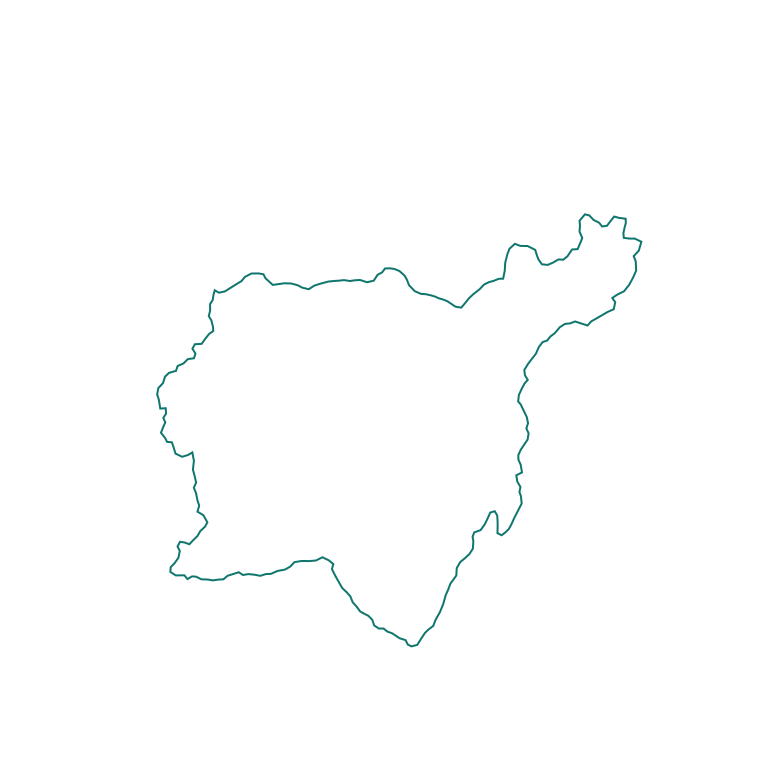 Capão Bonito do Sul, Rio Grande do Sul, Brazil, rotated 219°
{"feature_id": "56859067B51661934602442", "entity_name": "Capão Bonito do Sul", "entity_type": "district", "adm_level": 2, "iso_a3": "BRA", "parent_name": "Brazil", "parent_adm1": "Rio Grande do Sul", "projection": "orthographic", "projection_center": [-51.394, -28.175], "detail": "fine", "context": "isolated", "style": "outline", "palette": "teal", "viewbox_px": 768, "rotation_deg": 219, "n_neighbors": 0, "source": "geoboundaries", "source_scale": "gbopen_adm2", "svg_char_len": 3766}
<svg xmlns="http://www.w3.org/2000/svg" viewBox="0 0 768 768"><g transform="rotate(219 384 384)"><path d="M574.5,350.3L572.6,346.0L569.9,341.3L569.5,336.7L565.3,331.6L562.9,326.5L558.2,324.8L553.1,321.0L550.0,317.7L551.4,313.0L551.4,307.2L551.0,300.4L556.0,295.9L555.1,290.9L549.6,288.9L547.9,284.4L552.1,279.9L552.8,273.7L555.7,268.1L553.9,263.3L558.1,257.4L558.8,251.9L556.3,245.6L556.8,238.8L553.7,233.1L549.4,230.3L546.2,227.5L542.4,224.1L538.4,227.8L534.7,223.8L534.2,218.8L529.8,216.5L528.4,211.3L526.6,205.7L520.5,204.4L516.1,202.5L512.2,205.2L507.4,202.2L502.2,198.7L495.1,200.4L491.6,205.5L489.9,210.2L483.4,204.7L478.6,197.2L473.1,193.2L468.0,189.2L466.5,183.7L461.4,180.9L455.4,175.9L451.1,173.2L448.6,167.4L441.8,168.4L434.2,165.3L433.3,160.7L434.2,154.1L433.3,148.6L434.0,142.6L434.4,137.0L439.3,135.3L443.2,133.0L442.2,127.8L437.6,125.7L434.4,119.6L434.0,112.7L434.5,107.5L431.8,103.5L425.4,104.2L418.7,109.7L414.0,108.7L412.1,113.7L408.8,116.0L403.0,117.3L397.7,121.3L393.5,123.6L389.6,127.8L385.9,131.1L384.9,136.5L381.5,141.6L378.4,146.3L373.4,146.8L369.8,150.9L364.6,154.3L359.4,157.1L356.3,161.8L352.4,165.3L349.1,171.7L344.2,177.4L342.0,182.9L341.5,189.1L336.7,194.6L330.6,199.4L325.8,204.0L322.8,210.6L316.1,212.2L310.1,212.2L308.0,207.4L302.8,205.0L298.2,203.1L293.8,201.4L288.3,199.2L281.2,198.6L276.3,197.7L271.0,194.7L264.8,193.7L259.3,192.2L254.9,193.0L250.3,194.0L244.8,193.4L239.7,190.2L234.1,190.7L230.4,193.7L225.6,193.7L220.7,195.4L212.0,196.2L206.1,198.5L201.5,196.5L197.5,197.4L194.0,202.2L194.8,208.9L195.5,216.3L195.0,220.8L193.5,227.0L195.5,233.2L197.0,242.0L199.5,250.3L203.2,258.8L204.5,263.9L206.8,270.8L207.0,275.7L207.3,280.7L211.6,286.7L212.7,293.6L211.4,300.0L210.6,305.6L211.3,311.9L215.5,317.9L219.0,321.0L220.5,325.4L217.0,331.2L217.4,338.4L219.1,345.7L220.5,351.0L217.9,354.8L213.3,353.1L208.9,348.3L205.8,344.5L202.0,339.5L197.4,340.5L196.3,345.0L195.7,349.6L196.7,355.2L198.5,362.1L201.8,377.8L207.1,383.1L210.8,385.3L213.1,389.8L219.1,392.1L223.7,396.3L221.1,402.1L227.0,407.3L231.8,409.7L234.8,413.1L236.3,418.8L236.9,424.7L237.4,431.1L240.5,436.6L245.4,439.1L247.4,444.2L252.3,448.2L260.2,451.9L264.7,454.1L268.8,454.9L272.3,460.4L274.0,467.2L275.1,472.7L274.9,477.7L280.0,479.5L283.8,483.2L284.7,490.4L284.9,496.3L285.0,503.2L286.9,510.0L287.1,516.5L284.6,520.3L284.6,525.6L283.3,530.8L283.1,538.7L281.2,544.6L277.6,548.1L274.8,552.9L268.4,555.3L262.6,557.6L262.4,562.9L255.6,580.6L252.5,586.7L255.8,593.1L260.7,594.5L259.0,600.2L255.8,607.2L255.9,615.5L257.4,623.5L259.4,630.8L265.5,637.7L270.4,640.5L269.9,648.0L273.5,656.5L280.7,654.8L284.7,651.5L289.6,648.5L292.8,651.8L295.5,657.0L297.3,661.2L300.2,664.5L305.9,661.0L310.5,659.0L310.5,653.2L310.3,647.3L313.6,643.7L318.3,644.7L324.4,643.4L330.6,644.2L334.6,642.3L334.8,634.0L331.0,630.0L328.0,625.5L321.8,622.2L320.4,617.7L318.4,610.7L322.5,606.9L321.8,598.8L322.9,593.4L326.8,590.6L329.1,584.6L331.7,579.6L336.6,576.4L342.1,577.9L346.0,580.1L350.9,583.4L359.2,581.6L365.0,577.1L370.5,575.3L371.6,568.1L369.8,562.5L366.1,554.5L361.5,548.1L357.7,540.8L361.0,538.0L363.7,533.1L366.5,529.3L368.8,524.3L369.4,517.4L371.1,510.2L371.9,504.2L371.9,496.7L372.0,492.0L377.0,489.1L386.8,488.2L390.8,487.0L395.7,485.0L399.6,484.0L403.8,482.2L408.2,480.0L411.8,477.4L418.4,475.5L426.7,476.5L431.9,479.5L436.3,481.2L443.1,481.5L448.4,479.9L452.4,477.5L455.9,474.4L455.7,469.5L457.7,464.9L457.0,457.9L461.2,452.4L468.0,449.8L471.6,446.6L475.3,442.6L480.4,439.6L483.8,436.2L487.9,432.4L491.7,428.6L496.3,422.3L500.1,416.6L502.1,410.3L508.3,407.4L513.4,406.4L519.5,403.6L524.8,399.6L532.8,391.0L542.7,391.6L546.7,393.4L550.9,391.1L556.6,386.4L559.5,379.6L559.5,374.4L562.1,367.1L565.9,355.9L569.7,351.1L574.5,350.3Z" fill="none" stroke="#0f766e" stroke-width="2"/></g></svg>